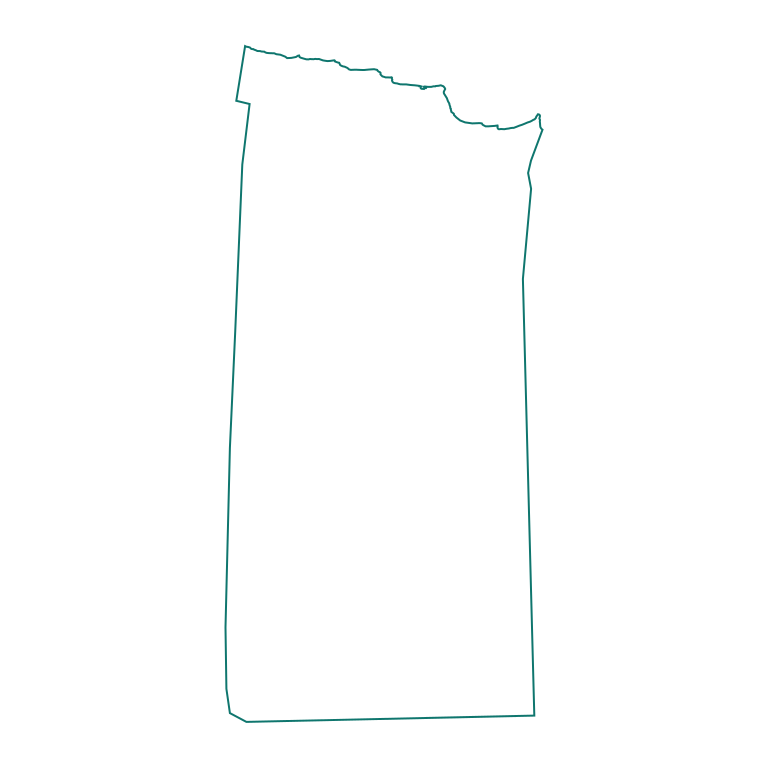 Marsa Matruh, Matruh, Egypt
{"feature_id": "37247803B7137912263252", "entity_name": "Marsa Matruh", "entity_type": "district", "adm_level": 2, "iso_a3": "EGY", "parent_name": "Egypt", "parent_adm1": "Matruh", "projection": "natural_earth1", "projection_center": [27.133, 30.048], "detail": "fine", "context": "isolated", "style": "outline", "palette": "teal", "viewbox_px": 768, "rotation_deg": 0, "n_neighbors": 0, "source": "geoboundaries", "source_scale": "gbopen_adm2", "svg_char_len": 2667}
<svg xmlns="http://www.w3.org/2000/svg" viewBox="0 0 768 768"><path d="M542.5,129.7L541.6,129.0L540.8,127.9L540.3,126.9L540.1,124.8L540.0,123.0L539.8,121.7L540.0,119.9L539.6,119.1L539.4,118.4L539.7,117.3L540.0,116.0L539.7,115.1L539.2,114.6L538.4,114.3L537.8,114.3L537.4,115.2L536.5,116.3L536.2,116.8L535.9,117.9L535.2,118.7L534.5,119.4L533.4,119.8L531.6,120.9L530.0,121.7L527.5,122.5L525.2,123.5L522.0,124.8L519.5,125.6L516.5,126.8L513.6,127.9L512.1,127.9L510.5,128.1L508.8,128.5L506.5,128.8L504.3,129.2L502.7,129.1L500.9,129.0L499.6,129.2L498.8,129.2L497.9,128.6L497.5,127.5L497.5,126.9L497.7,126.2L497.5,125.5L494.6,125.9L488.8,126.3L485.5,126.3L483.6,125.3L482.6,124.7L481.8,123.4L479.6,123.1L472.3,123.4L465.1,122.4L460.2,120.5L456.4,117.5L454.0,115.0L453.9,114.3L453.8,113.7L452.6,112.8L451.3,111.8L451.1,110.4L450.8,109.7L450.9,108.9L450.3,108.1L450.2,106.6L449.8,105.7L449.4,104.4L449.3,103.5L448.4,102.0L447.8,100.8L447.2,99.1L446.9,98.2L446.2,97.1L444.8,94.8L444.2,93.9L443.8,92.9L443.8,91.8L444.2,90.9L445.2,89.0L444.6,87.7L443.4,86.3L440.8,85.3L438.5,85.8L435.8,86.0L435.4,86.3L433.6,86.3L431.1,86.9L429.3,86.9L427.2,86.8L425.8,86.6L424.7,86.5L424.0,86.6L423.8,86.8L424.5,87.3L426.3,87.6L426.0,88.1L425.1,88.0L424.0,89.0L422.9,88.8L422.0,88.9L420.9,88.4L420.5,87.7L420.7,87.0L421.2,86.4L419.5,85.9L419.0,86.1L418.8,85.8L414.7,85.3L410.6,85.0L406.9,84.5L406.3,84.4L403.0,84.4L400.3,84.3L398.6,83.9L397.1,83.4L395.9,83.3L394.6,83.1L393.4,82.7L392.4,81.6L392.0,80.5L392.3,79.7L391.8,78.5L392.0,77.8L391.6,77.3L389.9,77.5L388.0,77.4L385.6,77.4L384.2,76.9L382.4,76.4L380.8,74.8L380.4,74.1L380.6,73.0L380.1,72.3L378.6,71.6L377.5,70.6L377.2,69.9L376.4,69.7L375.4,69.5L374.1,69.2L370.9,69.4L368.3,69.6L364.2,70.0L362.4,70.0L359.8,69.9L355.7,69.7L352.7,69.8L351.3,69.9L350.3,69.8L348.9,69.3L347.5,68.0L344.7,66.7L343.0,66.4L341.2,65.7L340.0,64.8L339.8,64.1L339.4,63.3L339.2,62.8L338.2,62.6L336.3,62.0L334.9,61.4L334.8,60.6L334.3,60.3L330.3,60.9L327.6,61.1L325.4,60.8L323.0,60.4L321.0,59.7L319.0,59.0L317.0,59.1L315.3,58.9L313.5,59.2L311.2,59.1L310.0,59.0L308.4,59.4L306.3,59.3L303.7,58.6L300.7,57.7L299.6,57.1L299.3,56.1L299.1,55.5L298.0,55.7L295.9,57.0L291.3,57.9L287.1,58.1L285.3,56.7L280.3,54.7L276.3,54.2L274.3,53.3L270.8,53.2L268.9,53.1L266.8,52.9L265.3,52.4L264.4,51.7L261.4,51.5L260.2,51.1L257.4,51.0L256.1,50.4L255.8,50.2L254.2,49.7L253.4,49.1L252.5,49.1L251.3,48.9L249.9,47.5L248.2,47.0L246.3,46.7L245.1,46.1L236.3,100.8L249.6,104.0L242.3,164.5L235.2,332.0L229.9,447.8L227.2,558.0L225.5,627.4L226.4,688.8L229.9,713.1L246.4,721.9L534.3,715.6L522.9,279.0L531.1,188.8L528.1,173.0L531.0,160.6L542.5,129.7Z" fill="none" stroke="#0f766e" stroke-width="2"/></svg>